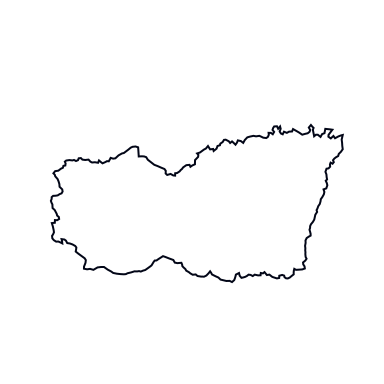 Itararé, São Paulo, Brazil, rotated 114°
{"feature_id": "56859067B6120608130234", "entity_name": "Itararé", "entity_type": "district", "adm_level": 2, "iso_a3": "BRA", "parent_name": "Brazil", "parent_adm1": "São Paulo", "projection": "albers", "projection_center": [-49.315, -24.102], "detail": "fine", "context": "isolated", "style": "outline", "palette": "ink", "viewbox_px": 384, "rotation_deg": 114, "n_neighbors": 0, "source": "geoboundaries", "source_scale": "gbopen_adm2", "svg_char_len": 4574}
<svg xmlns="http://www.w3.org/2000/svg" viewBox="0 0 384 384"><g transform="rotate(114 192 192)"><path d="M291.7,289.6L289.5,290.9L288.1,292.0L287.3,289.2L287.7,287.4L289.4,285.2L288.7,282.6L288.5,279.8L288.8,276.7L289.7,275.1L291.3,274.6L293.7,274.0L294.5,271.0L296.2,263.1L297.4,261.3L300.0,260.5L304.1,260.3L306.0,259.5L305.3,256.4L303.7,253.9L303.2,250.4L299.3,247.6L297.4,244.4L296.3,241.9L297.2,237.4L297.5,233.4L298.0,231.1L297.2,227.4L296.0,223.7L294.9,220.8L293.9,219.0L292.5,217.9L290.2,214.9L287.9,212.3L286.8,209.7L285.8,208.2L285.5,206.4L283.7,204.7L282.3,203.0L279.8,201.5L277.2,200.0L275.5,199.1L271.5,198.6L269.8,198.2L269.0,196.6L266.8,195.3L264.1,193.5L262.4,192.4L262.2,190.2L262.1,188.1L262.0,185.7L261.7,181.4L263.5,179.0L262.9,176.3L261.9,174.6L261.0,172.9L262.3,171.5L263.7,170.6L264.4,168.9L265.1,166.7L266.2,165.3L266.5,162.2L267.0,160.5L267.3,157.7L265.8,155.1L266.5,152.8L265.6,149.3L264.4,146.5L262.5,144.9L259.5,143.8L257.1,143.2L258.0,141.7L259.2,140.2L259.4,136.0L259.4,133.1L260.4,130.3L259.3,124.4L257.9,121.5L258.0,118.8L255.3,117.6L253.5,117.7L251.8,117.9L249.6,118.3L246.9,116.1L249.1,114.4L250.3,111.9L249.1,110.3L247.9,108.9L246.4,107.7L244.5,106.7L243.9,104.7L244.1,102.3L242.0,101.1L241.3,97.7L240.2,95.5L238.0,96.2L237.5,94.1L235.7,93.2L237.4,89.8L236.0,87.7L236.9,84.1L236.6,81.2L236.4,79.3L235.1,77.4L233.0,78.2L231.1,75.9L230.9,73.8L232.2,72.8L232.6,71.0L232.0,69.3L230.4,67.9L228.1,66.8L225.9,65.6L223.9,66.5L222.3,67.0L220.6,67.3L220.8,65.3L219.6,63.0L217.9,59.8L216.0,57.8L214.1,59.0L212.9,60.9L211.2,61.9L208.6,60.6L206.4,60.2L205.1,61.8L202.6,63.2L200.8,63.9L199.3,64.8L197.2,65.6L195.2,66.8L192.3,67.5L190.1,68.6L187.4,68.5L185.2,67.1L183.6,65.9L182.0,66.6L180.2,68.0L178.7,69.3L176.9,69.5L175.1,70.2L173.1,70.2L170.2,69.4L167.5,69.1L165.5,69.5L162.6,70.1L159.3,69.6L157.9,70.8L156.1,70.7L153.6,70.9L151.0,70.4L148.2,70.8L146.2,71.4L143.7,70.9L140.5,70.6L138.1,71.1L136.1,72.9L134.1,70.8L130.8,71.1L129.0,72.5L127.3,74.4L125.6,73.7L123.7,75.0L121.2,76.4L119.3,78.3L116.0,78.6L114.9,76.9L112.7,76.1L110.7,77.2L108.8,77.3L109.0,75.1L107.1,74.6L105.6,76.1L103.6,75.6L101.7,74.6L99.7,73.1L97.5,73.4L94.7,72.3L91.6,71.7L88.7,73.5L86.0,74.9L83.2,76.6L78.6,77.5L79.8,79.0L81.6,80.8L84.7,83.2L83.3,85.6L86.6,87.0L86.0,89.9L84.2,90.5L80.7,89.7L78.0,89.1L78.7,91.6L80.1,95.9L84.4,94.9L86.2,96.7L89.4,97.0L88.5,100.4L89.3,102.1L91.4,103.1L88.1,105.4L86.0,106.9L84.0,107.0L83.4,108.6L82.4,110.6L85.6,111.5L87.3,109.2L89.2,109.1L91.3,110.2L92.8,112.2L94.8,114.6L94.1,118.5L93.8,121.3L93.4,125.3L96.0,125.2L97.4,127.9L99.4,129.4L99.5,132.5L102.4,132.6L102.4,134.5L101.1,136.5L98.2,136.7L96.3,138.2L99.2,139.0L97.4,141.1L98.7,143.6L100.5,143.9L102.5,143.7L103.7,141.4L106.4,141.7L105.9,144.0L106.8,146.1L108.5,145.1L110.8,145.1L112.5,146.1L113.4,149.0L113.3,151.4L113.3,153.3L115.1,156.1L115.7,158.7L117.9,161.7L119.6,163.7L123.0,164.9L126.3,165.2L125.6,168.1L126.2,171.1L128.6,171.0L131.1,171.5L130.1,174.2L129.5,176.0L131.7,177.1L130.7,179.0L130.5,182.5L131.4,184.0L133.9,184.3L136.3,185.8L137.9,185.5L139.6,187.4L142.4,187.2L145.7,188.9L144.1,190.2L145.7,192.8L143.5,196.1L146.7,197.0L148.3,198.3L152.7,200.8L154.7,203.0L155.5,201.3L157.5,200.7L161.6,202.2L165.5,200.6L167.6,202.5L169.6,203.7L168.2,205.3L169.8,208.1L173.1,210.1L175.0,210.5L176.4,211.2L178.2,211.7L180.7,213.3L181.7,215.0L183.9,214.1L184.5,215.9L184.2,218.9L186.5,221.6L185.8,223.6L183.3,224.6L182.2,226.5L182.3,230.5L182.3,233.9L182.5,237.5L180.5,245.5L178.8,248.0L179.0,250.3L179.9,252.6L181.2,255.1L175.1,258.3L173.1,259.4L173.4,262.1L174.9,264.7L176.4,266.0L179.2,267.4L184.1,270.1L185.3,271.7L186.8,272.8L188.4,274.0L192.4,275.7L193.6,277.6L193.9,280.2L195.6,280.3L197.8,280.5L198.4,282.2L200.1,283.5L202.2,285.4L201.7,287.5L201.0,289.8L203.5,289.7L204.3,292.8L205.7,295.3L205.6,297.2L204.5,299.7L206.2,302.6L207.0,305.3L206.2,307.3L207.3,309.2L209.3,309.1L210.9,310.6L210.7,312.8L211.8,314.1L212.7,317.0L214.4,319.7L216.0,320.5L217.3,319.1L219.3,318.5L220.4,320.1L222.4,319.8L224.0,321.2L226.9,322.8L228.6,325.5L231.3,326.2L232.0,324.4L233.3,323.3L234.8,320.1L236.6,318.2L238.7,316.4L241.1,315.1L242.4,311.6L244.2,310.4L246.3,310.6L247.7,312.0L249.7,313.3L250.9,315.1L252.0,317.3L253.8,318.1L255.4,317.4L257.5,317.3L258.9,316.0L260.1,314.5L261.9,313.6L263.4,312.8L264.3,310.1L267.0,306.7L268.4,305.6L269.0,303.5L270.7,302.4L272.6,303.7L273.4,305.8L275.9,304.8L277.4,307.4L280.2,305.0L283.2,302.8L285.0,301.7L287.3,301.7L289.0,302.0L291.2,300.7L292.2,298.6L292.6,295.9L291.6,294.0L291.6,291.5L291.7,289.6Z" fill="none" stroke="#020617" stroke-width="2"/></g></svg>